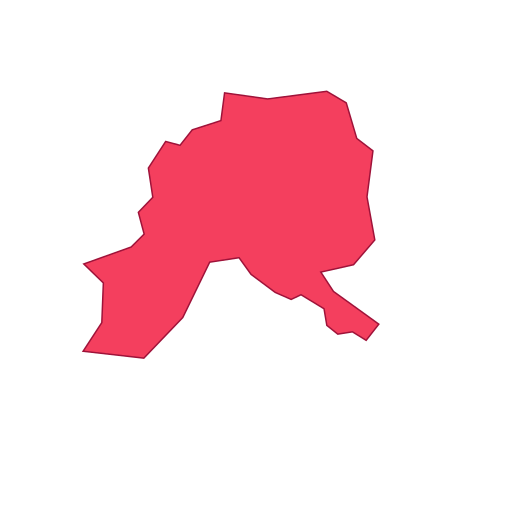 the district of Pogradec, Korçë, Albania, rotated 125°
{"feature_id": "67620474B77805918454880", "entity_name": "Pogradec", "entity_type": "district", "adm_level": 2, "iso_a3": "ALB", "parent_name": "Albania", "parent_adm1": "Korçë", "projection": "natural_earth1", "projection_center": [20.619, 40.937], "detail": "fine", "context": "isolated", "style": "filled", "palette": "rose", "viewbox_px": 512, "rotation_deg": 125, "n_neighbors": 0, "source": "geoboundaries", "source_scale": "gbopen_adm2", "svg_char_len": 636}
<svg xmlns="http://www.w3.org/2000/svg" viewBox="0 0 512 512"><g transform="rotate(125 256 256)"><path d="M78.8,269.9L80.5,292.5L120.7,336.6L140.4,375.3L165.2,362.4L189.2,380.6L208.9,381.7L214.0,395.7L245.7,394.6L267.1,374.2L287.7,377.4L302.2,360.2L320.2,363.4L361.3,392.5L365.6,365.6L399.0,344.1L433.2,343.0L404.0,289.3L348.4,280.7L287.6,290.4L267.1,268.9L273.9,249.5L274.8,219.4L271.4,202.3L261.9,196.9L260.2,170.0L272.2,158.2L273.1,144.2L262.8,133.5L261.9,117.4L241.4,116.3L240.6,172.2L232.0,193.7L207.2,171.1L174.7,167.9L143.9,199.0L102.8,220.5L101.9,240.9L78.8,269.9Z" fill="#f43f5e" stroke="#9f1239" stroke-width="1.5"/></g></svg>